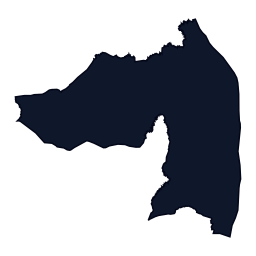 Mueang Nakhon Phanom, Nakhon Phanom, Thailand (orthographic projection)
{"feature_id": "78962969B91655555555249", "entity_name": "Mueang Nakhon Phanom", "entity_type": "district", "adm_level": 2, "iso_a3": "THA", "parent_name": "Thailand", "parent_adm1": "Nakhon Phanom", "projection": "orthographic", "projection_center": [104.642, 17.31], "detail": "fine", "context": "isolated", "style": "filled", "palette": "ink", "viewbox_px": 256, "rotation_deg": 0, "n_neighbors": 0, "source": "geoboundaries", "source_scale": "gbopen_adm2", "svg_char_len": 5844}
<svg xmlns="http://www.w3.org/2000/svg" viewBox="0 0 256 256"><path d="M17.3,120.9L18.9,120.8L20.4,121.3L35.8,132.9L44.5,142.6L52.0,143.2L56.0,145.6L57.2,146.8L63.9,147.9L67.2,149.8L69.4,150.2L70.6,150.0L74.2,147.5L86.6,140.7L89.1,141.2L94.2,143.2L103.5,147.7L105.6,147.6L109.4,145.8L117.9,144.1L125.1,144.5L129.3,146.1L135.9,147.1L139.7,147.0L143.3,142.8L144.5,138.8L145.9,138.3L146.0,137.2L144.7,135.4L145.5,135.2L145.2,134.6L145.7,134.3L145.5,133.5L146.5,133.2L147.0,132.3L146.7,131.7L147.5,131.7L147.6,131.1L149.2,131.9L149.1,131.3L149.7,130.6L149.8,131.1L150.2,131.0L151.2,131.9L152.3,131.0L152.7,129.7L151.5,128.8L152.6,128.3L152.6,128.0L151.7,127.7L152.6,127.5L152.7,126.8L152.1,126.6L152.0,125.8L152.6,126.2L152.9,125.4L153.6,125.3L152.9,124.6L153.7,124.9L154.2,124.1L153.9,123.6L153.1,123.5L153.7,122.9L153.3,122.1L154.0,121.5L154.8,121.5L154.4,120.9L155.2,119.8L155.8,119.4L156.4,119.7L157.1,119.0L156.7,118.7L156.0,119.2L155.7,118.4L156.1,118.0L155.3,118.0L155.3,117.7L156.2,117.5L156.4,117.0L157.2,117.1L157.0,116.5L158.5,115.2L158.9,115.7L159.1,114.9L160.2,114.9L160.3,114.3L160.8,114.8L162.4,114.4L163.6,115.2L164.8,117.4L164.9,118.5L164.4,119.5L164.7,119.4L164.8,120.0L164.4,120.2L165.3,122.1L164.8,122.0L164.6,122.5L165.9,122.9L166.5,124.8L167.2,125.0L167.2,125.9L167.8,126.3L167.4,127.3L168.3,127.9L168.1,128.5L168.6,128.7L167.9,129.8L168.3,130.0L167.9,130.6L168.3,131.1L167.3,132.6L168.5,133.8L168.1,133.9L168.2,134.8L169.2,135.4L169.0,136.0L169.4,137.2L168.8,138.4L170.2,141.6L168.9,146.3L169.0,148.5L168.4,149.2L168.9,150.7L166.5,157.1L166.3,160.8L166.6,161.1L165.7,162.3L165.7,163.0L164.6,163.0L163.6,164.2L162.2,168.1L163.0,169.4L162.8,170.3L163.3,170.8L163.0,171.2L163.5,171.3L163.5,172.1L164.1,172.0L164.0,173.0L164.5,172.9L164.2,173.9L164.8,174.3L164.5,174.6L165.0,174.6L164.6,175.2L165.5,176.0L167.0,175.3L167.5,176.8L168.0,177.0L167.8,177.5L168.8,177.9L169.2,179.0L170.0,179.0L170.1,179.9L169.0,181.2L168.4,181.1L168.1,182.5L167.9,181.9L167.0,182.7L165.8,182.4L165.5,183.3L164.7,183.4L165.0,183.7L164.5,184.2L164.6,184.8L163.6,184.9L164.1,185.6L163.5,185.5L163.4,186.8L162.9,186.9L162.9,186.4L162.6,187.0L161.9,186.5L162.1,187.2L160.9,188.4L161.1,189.0L160.3,188.6L160.2,189.0L159.3,189.0L159.1,189.9L159.5,190.7L159.2,190.8L159.0,190.4L158.7,191.0L158.6,190.5L158.4,190.9L157.9,190.9L158.1,191.4L157.2,191.6L157.2,192.8L156.4,193.1L156.5,193.9L155.8,194.1L156.1,194.7L155.4,194.9L154.5,197.1L154.1,196.9L153.5,198.2L153.1,197.6L152.7,198.3L153.0,198.8L152.1,199.5L152.3,200.2L151.8,200.5L152.2,202.0L151.4,203.8L152.4,206.0L152.9,208.6L153.3,209.0L153.2,211.1L152.3,212.3L151.1,213.1L148.3,220.3L149.5,219.3L155.1,216.6L158.7,215.4L168.2,213.8L170.5,214.1L174.2,213.5L175.0,212.6L175.6,209.6L177.8,209.0L178.8,207.5L180.7,207.6L183.3,206.5L184.7,206.7L185.7,205.9L186.2,206.2L189.8,206.1L189.9,206.6L191.9,207.3L193.8,208.7L195.0,208.8L196.8,211.2L196.7,212.3L199.3,213.5L201.3,213.9L203.3,215.5L211.6,218.1L211.7,219.4L210.7,220.9L211.2,221.9L210.9,222.9L212.9,223.9L211.3,227.0L211.8,228.0L211.8,229.6L213.4,229.5L214.2,230.4L213.3,233.4L220.0,233.4L229.9,236.8L232.0,225.4L235.3,217.9L237.8,210.2L238.9,188.2L239.3,184.5L240.6,179.0L239.9,165.3L237.9,151.3L240.3,127.7L240.1,123.4L239.3,120.7L238.8,110.6L238.7,94.0L237.8,83.0L236.7,77.9L234.1,72.9L223.0,57.5L212.7,47.4L209.2,43.1L205.7,35.9L202.4,32.7L199.5,28.7L195.3,19.2L192.8,19.9L192.9,20.6L193.5,21.0L192.4,21.9L190.0,21.0L188.5,21.6L188.9,20.2L188.5,19.8L188.3,20.8L187.6,20.8L187.7,23.0L187.1,23.5L186.4,21.9L185.2,22.3L185.3,21.7L183.9,21.0L183.5,21.4L183.8,22.1L183.2,23.0L183.9,23.5L183.7,24.4L182.8,23.7L182.4,24.5L181.6,23.6L181.7,24.2L181.1,24.3L180.4,26.1L179.6,25.6L179.0,26.5L180.2,26.7L178.6,28.6L179.5,30.3L180.2,30.2L180.4,30.9L180.5,30.1L181.0,29.9L181.7,30.0L181.8,30.7L182.8,30.7L183.0,31.2L182.2,31.7L183.3,32.6L182.8,33.0L183.4,33.1L183.6,33.8L183.1,33.8L183.1,34.7L185.2,35.3L185.2,36.0L184.2,36.8L185.2,37.0L185.0,37.7L185.6,38.5L185.3,38.9L185.6,39.3L184.8,39.7L184.2,39.5L183.3,40.8L183.0,41.7L183.4,42.9L183.2,43.7L184.2,45.5L183.4,46.2L183.4,46.9L182.9,46.9L182.9,47.5L181.4,46.8L179.9,47.1L179.6,46.3L178.5,46.8L178.7,46.2L177.7,46.5L177.5,47.2L177.3,46.7L176.9,47.5L176.4,47.0L175.6,47.2L175.5,46.7L174.9,47.0L173.8,45.6L172.9,46.1L171.6,45.5L171.7,45.1L170.5,44.4L170.7,43.7L169.9,43.9L169.8,42.9L168.1,43.8L167.7,44.9L168.0,46.0L166.9,45.6L166.8,46.2L165.4,46.6L165.2,45.8L164.4,45.5L163.7,47.4L162.2,48.0L161.9,53.2L161.7,52.8L160.9,53.3L160.5,53.0L160.7,53.5L160.3,53.7L160.3,54.2L159.6,53.5L159.2,54.7L158.6,54.4L158.2,54.7L156.6,53.5L155.5,54.1L155.1,53.7L154.5,54.5L153.8,54.1L154.2,54.5L153.6,54.8L152.8,54.6L152.6,55.5L150.5,55.6L149.9,56.4L150.2,56.7L149.9,56.7L149.7,57.8L149.2,58.1L148.4,57.6L148.6,58.3L147.9,58.2L148.1,59.1L147.0,59.6L146.9,60.5L146.4,60.5L146.2,60.9L143.6,60.5L135.0,61.8L134.6,58.4L134.8,58.1L133.8,57.7L134.3,57.4L134.1,56.8L133.7,56.4L133.5,56.8L131.5,57.1L130.0,56.1L130.2,55.1L129.2,55.1L128.9,54.2L128.7,54.9L127.9,54.8L127.8,56.2L127.0,56.3L126.4,55.7L125.2,56.7L125.3,57.1L124.8,56.9L124.8,57.4L120.7,58.2L118.6,57.4L118.1,57.8L117.5,57.4L117.6,56.9L116.4,56.2L116.6,55.7L116.3,55.3L113.3,56.9L110.0,55.5L105.5,53.0L102.3,52.5L101.4,53.8L100.9,53.5L100.2,54.1L99.6,55.6L98.5,54.6L97.6,55.1L96.2,54.7L95.6,55.4L96.0,55.5L95.5,56.2L96.3,56.8L96.3,57.5L95.9,57.4L96.1,58.0L94.5,59.3L93.9,59.0L94.0,59.7L92.3,62.6L87.2,69.7L77.8,77.5L73.0,82.4L69.7,84.9L69.5,85.8L66.0,88.8L61.9,90.9L61.4,92.0L60.5,91.8L58.8,90.1L56.9,89.4L51.7,89.6L49.3,90.1L45.5,92.8L42.4,94.3L34.3,94.7L30.9,95.6L24.5,95.6L15.4,96.9L15.7,98.5L15.4,99.1L15.9,99.9L15.6,101.0L16.3,101.7L16.1,102.2L18.4,103.6L19.0,104.9L19.6,104.8L19.5,107.0L21.0,108.2L21.6,110.7L21.1,111.7L21.4,113.8L20.7,114.3L21.2,116.1L20.6,117.0L20.8,117.2L20.1,117.4L19.6,118.6L17.3,120.9Z" fill="#0f172a" stroke="#020617" stroke-width="1.5"/></svg>